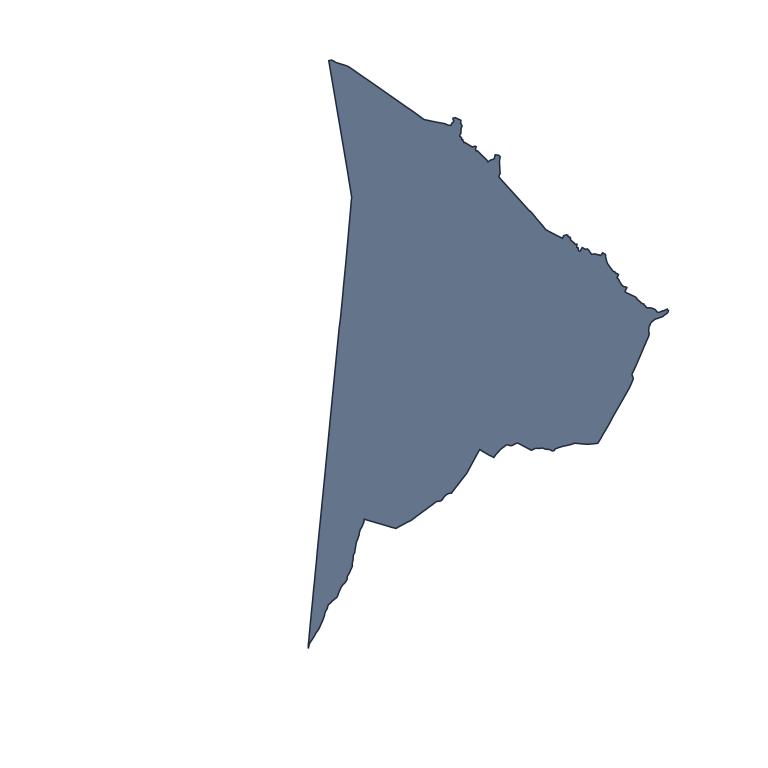 outline of Moyale, Eastern, Kenya, rotated 31°
{"feature_id": "3690345B29556459221230", "entity_name": "Moyale", "entity_type": "district", "adm_level": 2, "iso_a3": "KEN", "parent_name": "Kenya", "parent_adm1": "Eastern", "projection": "orthographic", "projection_center": [39.031, 2.902], "detail": "fine", "context": "isolated", "style": "filled", "palette": "slate", "viewbox_px": 768, "rotation_deg": 31, "n_neighbors": 0, "source": "geoboundaries", "source_scale": "gbopen_adm2", "svg_char_len": 6158}
<svg xmlns="http://www.w3.org/2000/svg" viewBox="0 0 768 768"><g transform="rotate(31 384 384)"><path d="M451.9,580.3L451.9,579.8L452.1,579.1L452.1,577.5L452.1,577.1L452.2,576.8L452.3,576.4L452.7,575.7L452.9,574.6L453.1,572.1L453.0,570.9L453.0,570.5L452.9,570.3L452.5,569.5L452.1,568.8L451.7,567.8L451.6,566.6L451.6,563.6L451.6,562.9L451.3,561.5L451.1,559.5L451.0,558.2L450.8,556.9L450.6,556.3L450.3,555.7L449.6,554.8L449.3,554.3L449.1,553.8L448.5,552.3L448.3,551.4L448.2,550.8L448.0,550.4L446.3,547.4L445.8,546.2L445.8,545.0L445.8,543.9L445.7,543.6L445.5,543.0L444.5,540.7L443.7,538.5L442.8,536.5L442.5,535.5L441.7,533.3L441.5,532.2L441.4,530.4L440.9,528.9L440.5,526.3L440.2,525.7L439.7,524.7L439.5,524.4L439.3,523.5L438.8,521.6L438.6,520.7L438.7,519.8L438.5,516.6L438.0,513.2L437.6,512.1L436.7,510.1L444.0,508.2L452.1,506.1L454.7,505.4L460.4,503.9L463.9,503.1L466.1,502.4L467.0,502.1L468.7,501.7L469.5,500.1L473.8,492.8L474.8,491.0L475.9,489.5L477.5,487.0L479.1,483.1L479.9,480.9L485.5,467.6L485.9,466.5L487.4,463.1L488.4,460.4L489.1,458.4L489.3,458.1L490.1,457.2L492.1,455.8L492.7,455.1L493.1,454.5L493.4,453.8L493.5,453.3L493.6,453.0L493.6,450.3L493.8,449.2L494.2,447.7L494.7,446.4L495.3,445.4L496.1,444.3L497.1,443.4L498.1,442.8L498.1,442.2L498.2,440.7L499.7,428.3L499.9,426.2L500.9,418.3L500.9,416.7L499.8,392.9L499.8,390.9L503.9,391.0L507.3,390.9L509.9,390.9L511.8,390.8L513.6,390.5L514.2,390.5L516.0,390.5L516.2,387.4L516.3,386.4L516.8,384.4L517.3,381.6L517.4,380.9L517.7,379.6L518.2,378.4L518.8,377.1L519.2,376.2L520.0,373.8L520.5,373.1L521.2,372.5L522.1,372.2L523.1,372.1L523.8,371.9L524.1,371.8L524.6,371.5L525.1,371.1L525.4,370.8L525.9,370.2L527.2,367.9L527.7,367.2L528.6,366.1L528.8,365.9L529.1,365.8L529.9,365.7L530.7,365.6L535.2,365.4L540.9,365.1L544.4,365.0L545.4,363.6L546.1,362.3L546.7,361.5L547.0,361.2L547.5,360.8L548.0,360.5L549.9,359.5L550.8,358.9L552.1,357.8L553.1,357.2L553.7,357.0L555.0,357.0L555.4,356.9L558.2,355.6L559.7,355.0L560.9,354.7L561.4,354.7L562.2,354.8L562.6,354.8L563.0,354.5L563.6,354.1L564.1,353.6L564.2,353.2L564.2,351.5L564.3,351.2L565.6,349.7L566.6,348.4L569.9,344.8L572.8,342.2L575.1,339.9L576.3,338.6L577.9,336.6L578.2,336.4L585.4,333.0L586.4,332.5L588.2,331.5L589.2,331.0L590.7,330.1L592.7,328.5L594.7,327.2L596.6,325.6L597.5,324.9L597.8,324.7L597.9,319.0L597.7,314.8L597.7,309.0L597.6,301.3L597.1,293.4L597.0,288.4L596.8,277.2L596.4,262.2L596.4,261.1L596.0,257.7L595.4,253.4L595.2,252.1L594.9,251.0L594.7,250.7L593.9,249.9L592.2,248.7L591.6,248.0L591.5,247.7L591.3,245.9L591.1,243.1L590.9,241.9L590.7,240.0L590.6,238.9L589.7,232.1L589.3,228.8L587.5,216.3L587.4,214.7L587.1,213.2L586.3,206.7L586.0,205.6L585.4,204.3L584.9,203.6L583.8,202.6L583.7,202.3L581.9,199.1L581.8,198.2L581.7,196.8L581.5,195.7L581.3,194.6L581.3,193.6L581.4,193.1L582.3,190.9L582.8,189.3L583.4,188.4L585.1,186.5L585.6,185.6L586.6,184.7L587.5,183.6L588.2,182.6L588.5,181.9L588.7,180.7L588.9,180.3L589.4,179.7L589.6,179.3L590.0,178.0L590.4,176.8L590.4,176.5L590.4,175.7L590.2,174.8L589.2,174.5L588.4,173.8L587.3,175.1L586.0,177.3L585.2,178.0L584.9,178.0L582.9,181.0L581.5,181.5L580.6,181.5L578.9,180.7L577.6,180.5L575.5,180.8L573.7,181.2L570.5,183.0L569.7,183.3L569.3,183.1L567.6,182.5L566.8,182.5L566.2,182.2L565.6,181.6L564.1,182.0L562.2,181.9L560.4,181.4L558.4,181.1L557.1,180.8L556.5,180.5L556.2,180.3L555.0,179.9L553.3,180.0L552.7,180.1L549.1,180.4L545.9,180.8L544.7,180.9L543.4,180.8L542.9,180.3L542.7,178.1L542.6,176.3L541.6,176.2L539.6,176.9L538.3,177.0L536.5,176.5L533.4,174.9L531.5,173.6L529.8,172.9L529.5,173.1L529.1,173.0L528.7,172.6L528.7,171.9L528.9,171.1L528.8,169.6L528.3,169.6L528.0,169.4L527.3,169.2L526.1,169.5L525.2,169.4L524.7,169.2L523.9,168.9L523.5,169.0L522.8,169.3L522.1,169.3L520.3,168.6L517.4,167.3L513.7,165.7L512.6,164.9L510.9,163.3L509.8,162.1L508.4,160.8L508.0,160.1L507.8,159.6L506.9,158.8L506.5,158.8L505.9,158.9L505.5,159.0L505.0,158.9L503.8,158.9L503.7,160.1L503.7,161.9L503.6,162.2L503.2,162.3L502.4,162.3L501.9,162.4L501.7,162.7L501.5,163.0L501.3,163.2L500.8,163.3L500.5,163.2L499.4,163.2L498.3,163.7L497.5,164.0L496.2,165.0L495.5,165.8L494.9,165.8L493.7,165.2L492.1,164.7L491.3,164.0L488.6,163.5L487.4,164.8L483.6,164.9L483.7,169.1L483.2,169.4L482.6,169.5L482.0,169.3L481.4,168.8L480.5,167.3L478.9,167.7L477.4,164.7L475.8,165.9L473.9,164.9L472.9,165.1L470.8,164.5L469.6,164.3L468.9,163.7L469.1,163.3L467.8,162.3L466.0,162.9L464.9,161.8L463.8,162.0L461.7,164.1L461.6,165.2L462.0,167.2L451.1,168.0L443.1,168.4L438.0,166.4L430.1,163.9L423.1,161.3L420.2,160.5L419.8,160.8L406.2,156.6L378.0,148.1L376.0,147.4L375.1,145.2L375.3,144.0L368.4,133.9L366.8,130.0L366.2,129.1L364.3,128.9L361.3,130.2L362.5,134.3L359.9,137.3L358.7,140.0L356.4,138.9L349.4,137.4L344.3,136.0L342.8,136.7L341.7,135.8L341.0,134.2L340.8,133.1L339.6,133.3L339.1,133.7L338.9,134.0L338.6,134.1L338.1,134.7L337.7,135.4L329.2,135.3L328.3,136.0L327.4,135.2L326.9,135.2L325.6,133.9L324.7,134.5L323.4,132.8L321.5,132.8L320.9,132.1L320.8,129.5L318.4,125.1L318.1,122.7L315.3,120.7L314.0,118.3L307.9,119.0L306.2,120.6L307.1,121.9L308.4,122.7L308.5,123.9L307.9,124.9L308.0,126.8L308.3,127.8L305.7,129.1L302.1,129.5L293.6,132.7L282.1,136.7L269.3,135.5L259.0,134.9L237.6,133.4L216.3,131.9L207.3,131.4L198.9,130.8L191.7,130.3L189.3,130.3L185.9,131.0L178.2,132.9L176.5,133.2L175.4,133.1L172.3,133.3L170.1,135.3L241.9,219.0L260.3,240.8L262.1,244.9L264.2,249.1L288.8,299.7L299.7,322.7L301.9,327.1L310.6,345.4L312.7,349.8L316.9,359.5L350.4,430.0L383.6,499.7L412.3,560.4L418.1,572.3L420.9,578.3L426.4,589.7L428.7,594.8L433.3,604.3L435.5,608.9L437.5,613.2L448.4,636.0L451.5,642.3L453.4,646.6L455.3,649.7L455.2,649.2L454.8,648.0L454.4,646.6L454.0,645.7L453.9,644.5L453.9,643.4L453.8,642.9L454.0,641.3L454.1,636.6L454.1,634.9L453.9,632.5L454.2,630.2L454.3,628.4L454.3,626.3L454.1,625.2L453.8,622.9L453.6,621.4L453.5,620.1L453.0,616.7L452.3,613.4L451.1,610.1L451.0,605.6L450.9,605.2L450.3,603.6L450.1,602.3L450.0,601.7L450.1,601.4L450.7,600.0L450.9,599.6L451.2,597.7L451.5,596.7L452.6,593.5L453.1,592.4L453.4,591.3L453.5,590.9L453.5,590.1L452.5,585.1L452.3,582.8L452.3,582.3L452.0,581.2L451.9,580.3Z" fill="#64748b" stroke="#1e293b" stroke-width="1.5"/></g></svg>